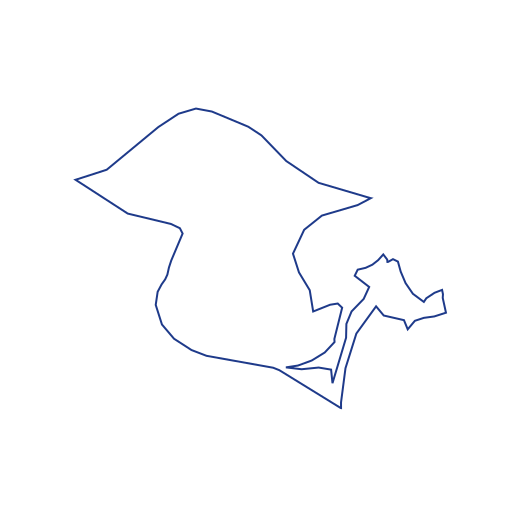 Đà Nẵng, Robinson projection, rotated 26°
{"feature_id": "VNM-491", "entity_name": "Đà Nẵng", "entity_type": "City", "adm_level": 1, "iso_a3": "VNM", "parent_name": "Vietnam", "parent_adm1": "", "projection": "robinson", "projection_center": [108.18, 16.099], "detail": "fine", "context": "isolated", "style": "outline", "palette": "blue", "viewbox_px": 512, "rotation_deg": 26, "n_neighbors": 0, "source": "natural_earth", "source_scale": "10m", "svg_char_len": 1219}
<svg xmlns="http://www.w3.org/2000/svg" viewBox="0 0 512 512"><g transform="rotate(26 256 256)"><path d="M333.8,153.7L325.1,165.6L297.5,190.8L287.8,211.3L288.2,237.7L301.8,251.9L319.3,263.2L331.7,280.8L344.0,267.3L350.3,262.9L356.1,264.7L362.8,296.2L364.3,298.9L360.1,312.6L351.9,325.5L341.7,336.1L331.7,343.0L346.6,337.8L361.2,328.8L373.3,325.2L380.5,336.8L372.8,290.0L367.0,277.4L366.2,263.9L371.6,247.4L371.3,234.2L353.4,230.5L353.4,223.7L359.7,218.6L364.4,212.8L367.6,206.2L369.7,198.8L375.5,201.7L376.7,203.7L377.3,203.4L380.5,198.8L386.0,198.8L392.9,206.6L402.3,214.8L413.6,221.2L427.0,223.7L427.6,219.3L432.6,210.8L438.1,204.9L440.8,208.4L442.2,211.8L451.6,223.7L442.7,232.2L434.0,238.0L427.2,244.6L424.5,255.4L417.1,248.8L396.9,253.5L386.0,248.6L380.2,281.7L385.6,317.6L396.6,350.3L399.1,355.4L398.7,355.5L327.0,348.4L320.4,348.9L255.3,367.4L239.2,368.8L218.6,366.3L201.5,358.8L187.3,343.9L183.3,331.3L183.6,322.9L184.6,316.8L184.5,311.6L182.8,304.5L181.8,297.2L180.2,268.0L175.4,264.4L165.5,264.5L122.1,274.1L60.4,266.6L84.0,243.9L111.7,182.9L124.0,162.1L137.4,149.8L153.0,145.5L192.4,143.2L208.0,145.2L241.6,157.4L280.2,162.8L333.0,153.9L333.8,153.7Z" fill="none" stroke="#1e3a8a" stroke-width="2"/></g></svg>